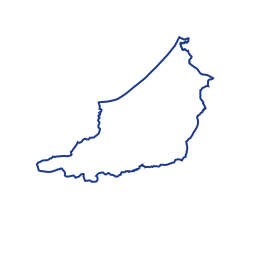 Ky Son, Hòa Bình, Vietnam, rotated 61°
{"feature_id": "81297802B6810559606516", "entity_name": "Ky Son", "entity_type": "district", "adm_level": 2, "iso_a3": "VNM", "parent_name": "Vietnam", "parent_adm1": "Hòa Bình", "projection": "mercator", "projection_center": [105.394, 20.901], "detail": "fine", "context": "isolated", "style": "outline", "palette": "blue", "viewbox_px": 256, "rotation_deg": 61, "n_neighbors": 0, "source": "geoboundaries", "source_scale": "gbopen_adm2", "svg_char_len": 5786}
<svg xmlns="http://www.w3.org/2000/svg" viewBox="0 0 256 256"><g transform="rotate(61 128 128)"><path d="M73.5,39.1L78.9,47.3L79.5,49.0L83.1,57.7L87.5,71.1L87.7,71.5L88.8,75.2L90.1,80.2L92.4,87.7L93.1,91.1L95.1,103.1L96.9,112.8L97.3,116.8L97.6,122.1L97.6,123.0L97.0,126.4L95.2,132.4L94.1,135.1L92.5,138.4L91.4,141.3L94.5,142.0L95.1,142.0L97.6,143.7L98.8,142.4L99.1,142.3L99.4,142.4L100.6,143.5L100.5,145.2L100.6,145.5L100.7,145.8L101.7,145.2L101.9,145.2L102.8,146.2L102.9,146.4L102.9,146.7L102.7,147.2L102.7,147.5L102.8,147.7L102.9,147.9L104.4,148.3L104.6,148.2L105.0,147.8L105.6,148.5L105.8,149.3L106.4,150.1L106.9,150.5L107.4,150.6L108.9,150.3L109.4,150.3L109.8,150.6L111.3,152.5L112.0,153.0L112.7,153.4L114.0,153.3L115.4,152.9L116.6,154.2L117.3,154.7L117.5,155.0L118.6,156.3L118.9,157.2L119.0,158.0L119.3,159.9L119.7,162.2L119.6,162.8L119.4,163.4L119.0,164.3L118.4,165.2L118.1,166.0L118.4,166.7L118.9,168.0L118.9,168.3L117.9,169.6L117.2,170.3L116.6,170.7L116.5,171.0L116.5,173.1L117.4,174.9L117.6,176.1L117.5,177.2L117.2,177.9L116.6,178.7L116.2,178.8L116.4,179.0L117.9,181.5L120.1,186.4L121.1,188.2L121.2,189.6L123.5,190.1L124.0,190.3L124.2,190.7L124.1,191.7L123.6,193.9L123.2,195.1L122.6,195.7L122.1,196.5L121.7,196.9L118.1,204.9L117.9,206.2L116.6,207.4L117.1,208.5L117.2,208.8L117.1,209.5L117.3,209.9L116.9,210.7L116.9,211.0L117.1,211.8L117.1,213.0L117.1,213.9L116.9,214.5L115.8,216.6L115.1,218.5L114.9,219.5L115.2,220.4L115.1,220.9L114.9,221.9L114.8,223.1L114.9,223.7L115.1,224.3L115.4,224.8L115.9,225.5L117.4,225.5L121.9,226.6L123.3,225.2L125.5,222.2L126.5,220.9L127.2,219.9L127.5,219.6L127.8,219.0L128.3,218.2L128.9,216.6L129.4,214.8L129.5,213.9L129.8,213.1L129.9,212.0L130.1,210.0L130.6,208.0L131.0,207.6L131.0,207.1L130.8,206.6L130.9,206.2L131.2,205.7L131.8,205.4L133.2,205.3L134.1,205.1L134.9,204.8L135.7,204.7L136.2,204.7L136.9,205.0L138.3,206.0L139.0,206.1L139.5,206.1L140.2,205.7L140.5,205.3L141.2,204.5L141.4,204.0L141.9,202.8L142.9,199.3L143.1,198.8L143.5,198.4L144.4,198.3L146.2,197.8L146.3,196.5L146.7,194.5L146.6,194.0L146.0,192.2L145.9,191.6L146.0,191.1L146.0,190.5L146.2,190.0L146.8,189.1L147.0,189.1L148.6,190.4L149.3,190.6L150.1,190.6L152.2,191.0L153.4,191.1L153.7,190.9L154.2,189.5L155.1,187.3L155.4,186.8L155.9,186.3L156.8,186.0L157.3,185.9L157.7,185.5L159.0,182.8L159.3,182.1L159.3,181.2L158.4,179.7L158.1,179.4L157.2,179.0L156.4,178.7L155.7,178.7L154.5,179.2L153.6,176.5L153.4,175.7L153.5,175.1L154.4,172.0L154.9,171.5L155.9,171.1L157.1,170.7L157.9,170.0L158.0,169.6L157.8,167.3L157.9,167.0L158.0,166.8L160.1,165.9L160.8,165.5L161.1,164.9L162.3,163.5L163.1,163.1L164.5,162.3L164.7,162.0L165.2,161.1L165.4,160.4L165.2,159.4L165.0,158.7L165.0,157.9L165.3,157.3L165.3,157.0L165.2,156.9L164.6,156.5L164.1,155.8L163.7,155.2L163.7,154.7L164.9,152.8L165.1,152.3L164.8,151.0L164.8,150.8L164.9,150.5L165.5,149.7L165.6,148.8L165.8,148.6L166.4,148.6L166.8,148.4L166.6,147.9L166.9,147.4L167.4,146.2L167.9,145.2L167.9,144.7L167.7,144.3L167.7,144.1L167.9,143.9L168.4,143.7L168.6,143.6L168.6,143.4L168.5,143.1L167.9,143.1L167.8,142.9L168.1,141.8L168.2,141.4L168.1,140.4L168.3,140.2L168.8,140.5L169.0,140.4L169.0,140.2L168.6,139.7L168.7,138.0L168.6,137.4L168.3,137.1L167.4,136.7L167.2,136.3L167.2,135.0L167.0,134.2L167.0,133.7L167.2,133.2L167.4,133.4L167.7,133.5L168.0,133.6L168.4,133.5L168.7,133.2L168.9,132.8L169.3,132.4L169.8,132.2L170.3,131.9L170.7,132.0L170.8,131.0L170.9,130.9L171.3,130.4L171.5,129.4L172.7,128.2L172.8,127.9L172.9,127.5L172.9,126.3L173.1,126.0L173.9,125.5L174.0,125.1L173.7,124.3L173.7,124.1L174.0,123.7L174.5,123.2L174.7,122.8L175.0,121.9L176.2,120.4L176.7,119.5L176.8,119.1L176.6,118.5L176.0,117.4L176.0,117.1L176.3,116.6L176.8,116.0L177.0,115.4L178.3,113.5L178.8,112.4L179.4,109.3L179.7,107.1L180.4,104.4L180.3,104.0L179.1,102.4L178.9,102.1L179.0,101.8L179.5,99.7L179.9,98.9L180.7,97.9L182.4,96.8L182.5,96.6L182.5,96.4L181.9,95.8L181.6,95.2L181.1,94.1L180.9,93.4L181.1,91.4L179.6,90.7L178.3,88.8L177.5,88.4L176.6,87.9L176.4,87.5L174.9,86.2L173.2,85.4L168.1,83.7L168.0,82.4L167.0,80.0L167.0,78.4L166.6,77.5L165.0,74.6L163.9,73.2L162.7,70.8L161.8,69.3L161.4,68.5L160.4,67.1L158.9,65.4L157.6,64.3L156.9,63.9L154.6,63.0L153.5,62.8L152.2,62.4L151.6,62.0L151.5,61.8L151.5,61.6L151.5,61.1L151.1,60.7L151.0,60.3L151.0,59.0L150.9,58.7L150.8,58.2L150.2,57.3L150.1,56.9L150.1,56.0L150.3,55.7L150.1,55.2L149.6,54.9L148.9,54.2L148.8,53.7L149.2,53.4L149.1,53.2L148.9,53.1L148.8,52.6L148.4,52.5L148.3,52.0L148.5,51.1L148.5,50.7L148.0,50.6L147.4,50.5L147.0,50.7L145.5,50.3L143.7,50.3L142.9,50.4L142.7,50.3L142.5,49.9L142.1,49.7L141.4,49.8L140.5,49.8L138.2,50.3L137.5,50.3L136.7,50.1L134.8,49.0L134.7,48.8L133.3,48.3L132.4,47.7L131.6,47.3L130.9,46.7L130.6,46.6L130.2,46.5L130.3,46.1L130.3,45.8L129.1,43.6L129.1,43.0L129.3,42.2L129.4,41.4L129.3,40.0L129.4,39.1L129.5,38.6L130.4,37.5L129.3,37.3L128.5,36.9L125.9,35.2L125.3,34.7L125.2,34.3L125.1,32.9L125.7,31.9L125.9,31.4L125.9,29.8L125.7,29.4L123.3,30.9L120.2,33.0L119.3,34.0L117.6,36.4L116.6,37.4L115.9,38.0L114.7,38.3L113.4,38.5L110.0,38.7L106.1,40.8L103.3,42.1L101.4,42.8L100.9,42.9L100.3,42.7L100.1,42.1L99.9,42.0L98.9,41.9L98.1,41.0L97.3,38.7L96.7,38.0L96.4,37.7L96.2,37.7L94.8,38.3L91.9,38.6L91.1,38.5L89.6,38.0L89.1,38.9L88.6,39.4L88.4,39.5L88.1,39.6L87.2,39.7L86.2,40.5L86.2,40.8L86.6,41.0L86.8,41.2L86.8,41.4L86.6,41.8L85.8,42.5L85.3,42.5L83.4,41.9L82.7,42.2L82.3,42.3L81.8,42.0L81.1,41.5L80.8,41.5L80.2,41.6L79.9,41.6L79.6,41.3L79.3,40.7L79.0,40.6L79.1,40.2L79.3,39.9L80.1,39.7L80.4,39.5L80.6,38.8L80.4,38.2L80.9,37.8L81.0,37.6L80.9,37.5L80.6,37.4L80.3,37.0L80.2,36.6L80.3,35.7L80.5,35.4L81.0,35.1L81.6,35.5L81.8,35.5L81.9,35.2L81.9,34.8L81.4,33.2L81.0,33.1L80.3,32.6L79.7,32.0L79.0,31.6L78.8,31.6L78.6,32.3L78.2,34.8L77.8,35.9L76.7,36.9L73.5,39.1Z" fill="none" stroke="#1e3a8a" stroke-width="2"/></g></svg>